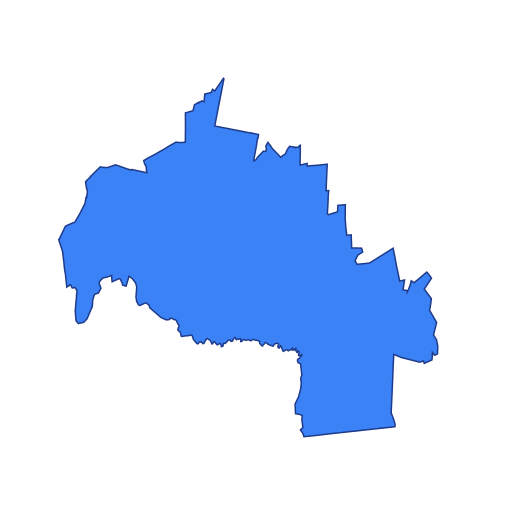 Īves pag., Talsi, Latvia (Natural Earth projection), rotated 101°
{"feature_id": "27541924B94003939070520", "entity_name": "Īves pag.", "entity_type": "district", "adm_level": 2, "iso_a3": "LVA", "parent_name": "Latvia", "parent_adm1": "Talsi", "projection": "natural_earth1", "projection_center": [22.538, 57.438], "detail": "fine", "context": "isolated", "style": "filled", "palette": "blue", "viewbox_px": 512, "rotation_deg": 101, "n_neighbors": 0, "source": "geoboundaries", "source_scale": "gbopen_adm2", "svg_char_len": 6087}
<svg xmlns="http://www.w3.org/2000/svg" viewBox="0 0 512 512"><g transform="rotate(101 256 256)"><path d="M327.3,350.1L334.4,337.7L335.8,332.2L335.7,331.2L334.9,328.9L334.4,328.5L333.7,328.4L333.3,328.0L333.2,327.0L333.4,326.1L334.0,324.7L334.1,324.2L333.9,323.2L334.1,322.7L334.6,321.8L337.1,320.1L339.2,318.2L339.9,318.1L341.1,318.5L343.3,318.7L343.6,318.5L344.2,317.8L344.9,316.6L344.9,316.4L345.7,315.6L346.3,315.1L346.9,315.0L348.0,314.5L348.6,314.4L349.0,314.0L349.1,313.5L349.0,313.0L348.2,311.0L348.1,310.4L347.9,310.2L347.6,309.1L347.6,308.8L347.3,308.0L347.3,307.7L347.0,307.2L347.0,306.8L346.8,306.7L346.3,305.3L346.2,305.0L346.0,304.5L345.9,304.3L346.0,304.1L346.0,303.9L346.6,303.3L350.0,301.4L351.5,299.4L351.7,299.1L352.9,297.8L353.4,296.9L353.1,296.6L353.1,296.0L353.0,295.9L351.5,295.4L351.3,295.2L351.0,294.6L351.1,294.4L350.9,293.3L351.2,292.7L352.0,291.7L352.2,291.2L351.7,290.5L351.0,290.1L349.0,289.7L347.9,289.1L347.0,288.8L346.3,288.4L347.0,286.4L347.3,285.3L348.7,283.9L350.1,283.0L350.7,282.4L350.8,282.3L350.7,282.1L350.3,281.8L349.2,281.6L348.4,281.1L348.2,280.9L348.0,280.3L348.7,279.7L350.6,277.2L350.5,276.8L348.8,275.1L349.0,274.1L350.6,273.1L351.6,272.7L351.0,271.5L350.5,271.2L348.6,271.3L348.2,271.2L347.9,271.0L347.8,270.7L347.8,269.7L347.7,269.5L344.1,267.2L343.6,266.5L343.4,265.3L344.6,264.4L344.6,264.2L344.3,264.0L344.1,263.0L343.9,262.8L343.5,262.8L340.9,261.9L340.0,261.1L340.0,260.8L340.2,260.6L341.6,259.8L341.9,259.3L341.2,258.5L341.0,257.2L340.2,256.0L340.1,255.7L340.3,255.4L341.1,255.1L342.8,254.7L343.0,254.5L343.0,254.2L342.5,253.7L340.9,252.9L340.4,251.7L340.4,251.2L340.6,249.8L340.6,249.4L340.2,248.9L339.6,247.2L339.8,246.8L340.0,245.7L340.3,245.1L339.2,243.8L338.5,243.2L338.7,239.5L338.6,237.8L339.3,236.2L339.5,236.0L340.1,236.0L340.9,235.7L341.3,235.4L341.5,235.1L341.9,234.7L342.1,234.3L342.7,233.6L343.1,232.8L343.0,232.3L342.9,232.3L342.4,232.3L342.1,232.2L341.1,231.3L339.9,230.9L339.3,230.5L339.2,230.2L339.4,229.6L339.4,228.9L339.9,228.0L340.4,227.4L341.3,222.3L341.3,222.1L341.1,221.9L340.4,221.6L339.3,221.4L339.0,221.2L338.8,221.0L338.4,220.0L337.8,219.2L337.6,218.5L338.0,217.0L338.1,216.9L338.8,216.9L339.6,217.1L339.9,217.3L340.3,217.4L341.6,216.8L341.9,216.1L342.0,215.9L341.9,215.6L341.0,215.3L339.5,214.8L339.3,214.6L339.9,214.1L344.0,211.5L344.3,211.2L344.4,210.9L343.1,209.5L342.4,208.7L342.1,207.6L342.1,207.2L342.9,206.4L342.9,206.0L342.0,205.3L341.6,204.8L341.4,204.4L341.3,202.8L339.8,202.9L339.5,202.6L340.0,202.2L340.8,201.8L341.3,201.6L341.3,201.4L339.3,199.6L339.1,199.4L339.1,199.1L340.1,199.0L341.4,199.2L341.4,197.2L342.3,197.2L342.6,197.5L342.9,197.4L342.9,197.1L342.4,196.8L341.4,196.3L341.4,195.7L341.6,195.5L342.5,195.2L344.9,195.4L345.5,195.2L345.6,194.6L345.3,193.2L344.0,192.5L344.1,192.2L344.3,192.1L345.3,192.4L346.7,193.3L347.3,193.4L348.7,194.4L349.3,195.2L350.0,195.4L351.1,195.3L351.6,194.8L352.2,194.6L352.8,194.1L352.9,193.0L353.1,192.7L353.1,192.4L353.4,191.7L364.0,188.3L367.4,188.8L370.4,187.9L372.0,187.3L378.1,186.8L386.2,187.4L394.0,189.4L403.3,187.1L403.2,183.4L403.3,182.0L403.8,180.2L408.1,179.7L415.5,177.2L418.2,179.3L420.8,176.5L423.5,174.7L423.7,174.8L424.2,174.4L420.7,162.8L417.2,152.0L397.1,87.1L396.0,87.1L394.4,87.5L393.0,88.2L390.3,89.6L383.6,93.7L383.4,93.5L353.7,97.9L338.2,100.3L326.3,102.0L327.9,94.0L329.0,75.2L327.1,71.6L329.3,70.3L324.5,63.5L322.6,63.6L317.0,64.4L319.4,61.8L317.5,59.2L310.1,60.3L303.8,62.8L299.6,66.7L286.8,66.0L276.2,75.2L270.8,75.3L264.4,75.7L256.4,84.5L244.3,79.5L242.0,81.9L239.2,85.3L247.7,92.1L252.0,95.7L250.7,98.9L254.7,99.1L256.7,99.4L259.1,99.8L262.6,100.8L261.1,101.2L261.2,105.2L251.2,105.6L253.2,110.2L245.1,113.5L239.9,115.8L230.4,119.5L222.2,122.9L241.3,143.3L244.9,155.2L241.8,157.8L235.8,156.3L231.7,152.0L228.2,153.8L228.9,158.5L229.9,163.6L217.1,166.6L218.3,170.8L212.1,172.9L202.7,175.5L188.6,178.1L190.7,185.3L197.1,184.4L201.6,192.8L200.9,194.0L188.5,195.7L183.7,196.5L177.9,197.1L178.6,199.7L152.3,203.6L154.7,211.3L157.9,223.1L155.4,223.5L158.3,230.0L152.5,231.2L146.7,232.1L138.8,233.6L139.0,234.0L139.7,234.6L141.4,235.2L141.5,237.7L142.2,238.3L142.1,239.3L141.7,239.5L141.9,242.6L141.9,243.9L143.9,244.9L146.3,245.8L150.1,246.6L152.3,248.8L154.4,250.6L147.4,260.5L145.2,262.6L142.2,266.0L146.2,267.4L148.7,266.3L150.2,266.2L151.5,266.4L151.7,268.7L158.2,273.0L161.8,274.6L163.0,276.5L149.4,276.6L139.9,276.9L139.7,276.5L136.3,276.7L136.1,284.2L136.3,284.1L136.3,321.3L88.1,321.3L87.8,321.9L101.9,328.0L100.7,330.4L104.0,331.1L106.8,337.2L114.5,336.4L114.0,338.8L116.5,341.3L116.0,341.5L119.3,345.3L125.4,345.6L129.0,352.6L142.0,350.0L157.8,347.1L159.1,351.7L159.5,356.3L165.1,362.8L168.1,366.0L176.6,375.9L180.9,381.4L181.1,381.4L182.8,383.4L183.7,384.4L185.5,383.6L186.4,383.1L189.8,380.6L191.0,380.4L195.1,379.1L194.8,394.0L195.1,393.9L195.4,394.2L195.2,397.6L195.3,397.5L193.3,411.3L197.5,418.6L198.0,421.5L198.3,426.0L209.1,433.3L209.3,433.3L209.4,433.8L210.1,433.7L210.5,434.1L215.7,437.5L222.0,435.2L225.2,433.6L227.9,433.7L230.8,433.4L230.8,434.0L237.2,433.9L237.2,434.0L247.2,436.8L251.4,438.2L257.3,440.3L259.3,443.4L263.0,448.7L277.2,452.5L277.6,452.8L288.3,446.8L297.2,443.9L305.9,441.3L310.5,439.5L316.8,437.6L322.6,435.8L319.7,432.8L319.7,432.5L322.0,430.7L322.4,430.3L322.4,430.0L321.5,427.8L321.5,427.6L324.3,425.1L324.5,425.0L325.9,424.8L326.5,424.9L329.7,424.6L331.0,424.3L335.5,424.0L336.4,423.8L344.2,423.0L354.0,420.3L356.1,417.6L356.1,417.2L354.0,412.5L349.9,409.9L337.1,407.1L335.9,407.1L330.3,407.9L325.2,407.3L324.4,407.0L323.9,406.3L322.6,403.9L322.5,403.7L317.6,402.1L317.2,402.1L316.3,402.5L313.9,404.1L313.4,404.4L311.8,404.8L310.7,404.6L307.1,402.3L306.5,401.5L305.5,399.0L302.7,394.0L306.3,393.1L308.7,392.3L304.3,386.0L304.7,384.7L308.4,382.1L310.1,381.2L310.4,377.8L300.1,376.8L300.8,375.4L301.2,374.1L302.0,372.9L305.2,369.3L306.0,368.7L306.9,368.3L308.4,367.5L309.1,367.2L319.2,366.0L323.3,364.5L326.2,362.2L326.6,361.5L326.8,360.7L323.4,355.9L323.1,355.0L323.1,354.7L324.5,351.8L325.1,351.4L327.0,350.4L327.3,350.1Z" fill="#3b82f6" stroke="#1e3a8a" stroke-width="1.5"/></g></svg>